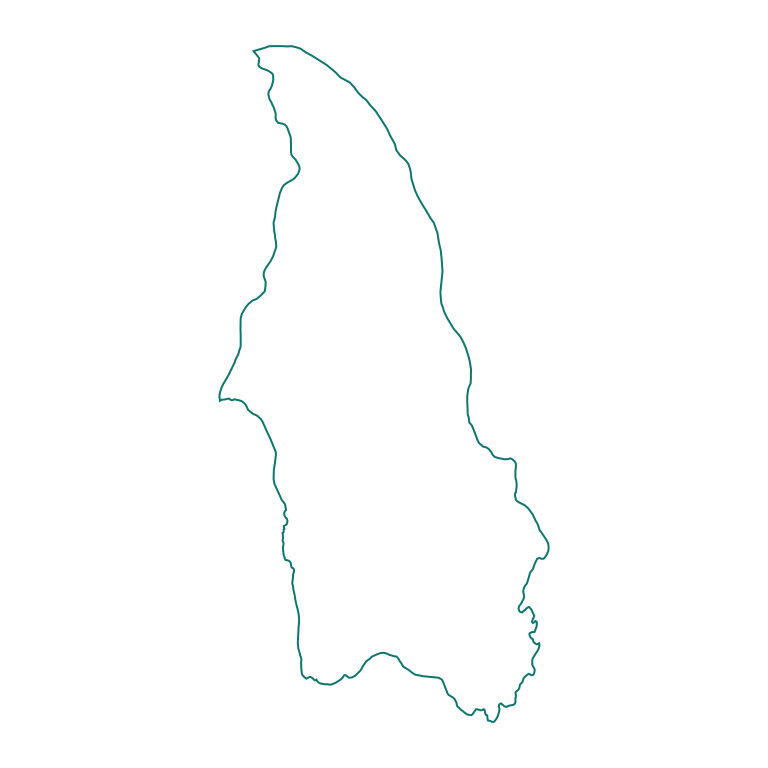 Cailaco, Bobonaro, East Timor (Equal Earth projection)
{"feature_id": "22284137B47334481051", "entity_name": "Cailaco", "entity_type": "district", "adm_level": 2, "iso_a3": "TLS", "parent_name": "East Timor", "parent_adm1": "Bobonaro", "projection": "equal_earth", "projection_center": [125.257, -8.874], "detail": "fine", "context": "isolated", "style": "outline", "palette": "teal", "viewbox_px": 768, "rotation_deg": 0, "n_neighbors": 0, "source": "geoboundaries", "source_scale": "gbopen_adm2", "svg_char_len": 6093}
<svg xmlns="http://www.w3.org/2000/svg" viewBox="0 0 768 768"><path d="M219.9,400.8L221.9,399.7L223.9,399.6L228.1,398.7L229.4,398.7L230.3,399.7L232.0,400.3L233.2,400.0L234.2,399.3L235.1,399.4L237.2,400.0L239.1,400.3L241.7,401.2L243.8,402.8L245.9,405.1L248.0,409.7L250.8,412.2L253.5,414.1L256.6,415.4L258.1,416.5L260.8,419.1L262.3,421.2L267.9,433.7L269.9,437.6L275.8,452.1L275.9,454.8L274.7,464.9L273.9,469.3L273.6,478.0L273.7,480.0L274.5,483.9L279.9,495.8L281.0,498.4L281.6,499.6L284.5,503.4L285.1,504.6L286.0,510.0L284.8,511.4L284.1,513.4L284.5,515.5L285.4,517.2L286.9,518.8L287.5,521.3L286.6,524.5L283.7,526.1L284.4,529.0L283.7,529.6L283.7,531.1L283.4,532.5L282.5,533.0L282.8,534.3L283.0,537.8L282.6,540.7L283.6,543.0L283.3,545.8L282.9,547.1L283.5,554.2L285.2,559.7L285.9,560.1L286.7,560.1L288.4,560.6L289.3,561.1L290.1,561.9L290.6,562.6L291.0,565.4L291.7,567.6L292.8,568.1L293.7,568.9L294.1,570.5L294.0,571.6L293.0,574.7L293.0,577.4L292.3,582.5L292.4,584.1L293.0,585.8L293.3,589.1L294.7,595.4L295.3,599.6L296.5,605.0L297.8,610.0L298.8,615.0L299.1,620.0L299.0,623.4L298.6,626.8L297.8,643.0L298.4,648.8L299.5,652.4L299.9,654.4L301.3,658.5L301.4,660.2L301.1,662.2L301.2,666.2L301.4,669.6L301.8,673.5L302.6,675.3L304.8,677.5L306.5,678.7L309.5,677.0L310.4,677.0L312.3,677.9L314.6,680.3L315.8,680.2L316.5,679.7L317.1,680.9L318.0,682.0L319.2,682.9L320.6,683.5L325.6,684.4L326.9,684.2L329.3,684.6L331.1,684.6L335.6,682.8L340.6,679.6L342.5,677.8L344.2,675.2L345.1,675.0L345.8,675.3L347.7,676.9L349.2,677.7L351.9,677.5L354.8,676.0L360.0,671.0L361.0,669.7L363.1,665.9L366.4,661.1L369.6,658.9L371.9,656.7L376.6,654.5L380.4,653.1L383.3,652.8L385.6,653.2L389.9,655.0L394.9,656.4L396.5,656.5L397.8,657.9L399.0,659.6L399.9,661.4L401.5,663.5L403.1,666.5L408.3,669.7L411.6,672.3L414.7,674.4L415.7,674.8L420.3,675.6L422.1,676.1L438.5,677.7L441.9,679.6L442.8,681.2L447.7,693.8L448.7,695.0L452.8,697.4L454.5,698.9L456.5,702.8L456.8,704.8L457.4,706.4L458.9,707.6L460.7,709.7L462.2,710.6L465.3,713.2L467.7,714.7L471.4,715.1L472.4,714.4L476.1,709.2L477.2,709.3L480.9,710.3L482.3,710.1L483.7,709.2L484.7,710.2L485.2,713.5L486.0,715.0L486.9,715.2L487.3,716.0L487.6,719.5L488.0,720.5L490.4,720.9L491.7,721.8L493.2,721.9L494.4,721.5L496.1,719.2L497.3,717.2L498.4,714.1L499.2,711.2L499.4,709.7L499.4,708.5L498.7,706.2L498.9,705.1L499.7,704.0L500.4,703.6L501.3,703.6L503.5,705.6L504.8,706.5L506.6,706.9L508.6,705.8L513.4,704.8L514.5,704.1L515.4,702.6L515.5,700.6L515.4,698.3L515.9,697.2L515.9,695.9L515.5,692.8L515.9,691.8L518.0,690.1L519.2,688.4L520.1,684.4L522.3,682.3L523.6,678.4L524.5,677.2L526.7,675.1L528.8,673.8L531.5,675.2L533.0,674.9L533.9,673.8L534.4,672.3L534.7,670.1L534.5,669.0L532.8,665.9L532.2,664.5L532.3,660.6L532.6,658.7L534.8,654.9L537.2,651.4L538.5,649.1L539.1,647.3L539.5,644.7L539.1,643.3L538.0,644.1L536.6,644.3L534.0,642.6L533.5,641.8L532.5,638.7L531.4,638.5L530.8,637.8L529.9,636.0L529.4,634.3L529.7,633.2L532.1,632.0L534.5,632.0L536.2,627.6L536.8,625.4L536.8,622.7L536.5,621.6L535.3,621.1L534.5,622.2L532.9,623.0L532.1,622.0L532.1,621.1L533.0,618.7L534.2,616.4L534.2,615.5L533.0,613.2L531.7,610.1L529.6,607.4L528.7,607.0L527.5,607.7L526.2,608.6L525.2,609.8L523.3,611.2L522.2,612.4L520.5,612.1L519.5,611.3L519.0,610.1L518.6,608.5L518.8,607.1L519.2,606.1L521.5,603.0L523.3,599.4L524.1,597.3L524.0,595.3L523.3,592.1L523.3,590.6L524.0,587.9L524.7,586.2L526.8,583.6L527.5,581.7L530.1,572.7L530.8,571.7L531.7,570.8L533.0,568.8L534.9,563.4L537.2,558.8L539.5,557.9L541.5,558.8L543.1,558.8L544.4,558.1L546.5,555.0L548.2,551.3L548.6,548.7L548.6,546.7L548.2,543.6L546.4,539.9L541.1,532.0L539.7,530.3L539.0,528.1L537.6,524.1L535.4,520.2L532.7,514.5L531.0,512.1L528.0,508.1L524.2,504.9L519.0,502.4L516.9,500.9L515.9,499.6L515.1,496.3L514.9,495.0L515.2,493.2L515.9,492.4L516.5,487.8L516.7,484.5L516.2,480.3L515.6,478.8L515.4,476.4L515.4,471.3L515.9,466.7L515.9,464.1L515.6,463.0L514.8,461.5L513.0,459.9L512.5,459.3L510.2,458.4L507.9,459.1L504.9,459.3L498.1,458.0L494.7,456.9L492.6,454.7L491.1,451.8L488.5,448.8L485.9,447.2L483.1,446.6L479.1,443.1L477.3,439.8L475.6,434.7L471.9,425.5L469.3,422.5L468.8,418.1L467.7,414.1L467.5,406.3L467.2,400.6L467.3,395.7L468.1,390.1L469.0,386.8L470.6,383.5L470.9,378.4L470.9,373.0L471.1,369.9L469.9,362.2L468.8,357.6L466.6,350.2L465.3,346.6L462.5,340.5L460.3,336.6L453.5,328.5L447.4,318.4L444.0,311.4L443.0,307.8L441.4,303.7L440.8,298.2L440.4,292.0L442.5,271.8L442.0,263.6L441.5,257.6L440.7,250.2L438.9,242.4L437.5,233.3L433.8,222.7L430.5,218.2L426.5,211.2L422.4,204.7L418.1,197.2L415.0,190.4L411.4,178.6L410.8,172.5L409.8,168.0L408.4,164.0L405.3,160.0L400.1,155.4L396.3,150.1L394.9,144.1L390.4,136.1L387.2,129.1L382.4,121.3L375.8,111.3L369.7,104.6L366.2,99.9L362.7,97.3L358.4,93.0L354.6,87.8L350.0,82.6L340.4,77.4L335.5,72.3L326.8,65.1L312.3,55.9L305.9,52.4L300.6,48.7L296.7,47.4L291.7,46.2L287.2,46.4L281.2,46.1L273.5,46.1L268.8,46.3L265.5,47.6L253.6,51.1L259.1,58.0L259.2,59.2L258.4,64.8L258.9,66.4L262.1,68.5L266.8,70.1L269.6,71.6L272.4,73.7L273.1,75.4L273.3,80.0L271.8,86.1L270.4,89.0L268.8,91.3L268.3,94.0L269.3,98.4L270.3,100.6L271.3,102.2L272.4,104.8L273.5,106.8L275.5,112.8L275.7,115.1L275.6,118.3L276.1,120.3L278.2,122.9L282.7,123.7L284.6,124.5L286.1,125.8L287.4,128.0L290.3,136.0L290.8,138.5L291.0,144.8L291.0,151.5L291.3,154.3L292.3,156.2L295.6,159.7L298.5,164.5L299.5,167.2L299.6,169.0L299.1,171.1L298.0,174.0L295.0,177.7L293.6,179.0L286.1,183.4L283.7,185.4L282.4,187.2L281.0,190.3L279.9,193.1L276.4,207.3L276.0,209.7L275.6,211.3L275.0,216.8L274.2,220.4L273.7,221.9L273.6,223.6L274.3,232.0L274.9,234.6L275.2,238.3L275.9,241.6L276.3,246.3L275.6,249.1L274.7,251.4L273.5,255.2L272.0,258.5L270.3,261.5L266.0,267.8L264.7,270.2L263.8,272.6L263.7,276.2L265.7,281.9L265.5,286.0L264.8,291.2L261.2,295.1L256.9,298.8L252.5,300.6L248.7,303.7L246.1,306.7L242.4,312.9L241.6,314.6L240.8,317.7L240.6,320.5L240.5,330.0L240.7,335.3L240.7,343.1L240.6,346.4L240.4,347.4L239.3,350.5L238.3,354.3L235.4,359.9L234.6,362.6L228.3,375.5L224.7,381.7L223.4,383.7L221.7,387.3L220.3,391.3L219.4,395.7L219.4,397.0L219.9,399.3L219.9,400.8Z" fill="none" stroke="#0f766e" stroke-width="2"/></svg>